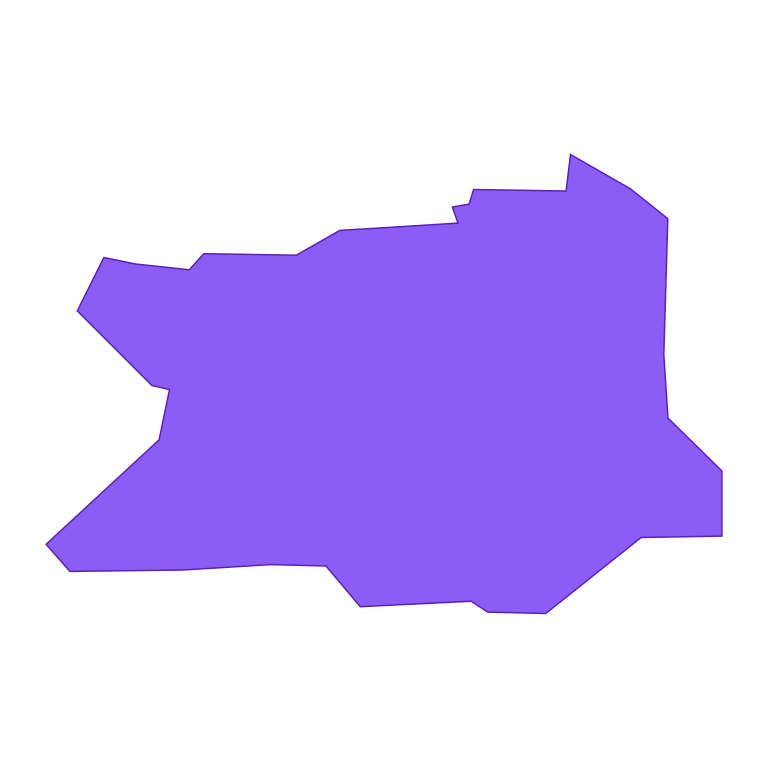 the district of Kurbin, Lezhë, Albania
{"feature_id": "67620474B66777869203493", "entity_name": "Kurbin", "entity_type": "district", "adm_level": 2, "iso_a3": "ALB", "parent_name": "Albania", "parent_adm1": "Lezhë", "projection": "equal_earth", "projection_center": [19.688, 41.625], "detail": "fine", "context": "isolated", "style": "filled", "palette": "violet", "viewbox_px": 768, "rotation_deg": 0, "n_neighbors": 0, "source": "geoboundaries", "source_scale": "gbopen_adm2", "svg_char_len": 549}
<svg xmlns="http://www.w3.org/2000/svg" viewBox="0 0 768 768"><path d="M103.9,257.5L77.3,310.9L151.9,385.5L169.5,389.6L159.1,439.8L46.1,544.3L69.9,571.4L182.9,570.0L270.0,564.6L326.0,566.0L360.2,606.7L471.1,601.2L487.7,612.1L545.7,613.5L641.1,537.5L721.9,536.1L721.9,471.0L668.0,418.1L664.7,368.5L663.8,354.3L665.4,299.8L667.8,218.7L630.5,188.9L570.5,154.5L566.1,191.0L473.6,189.5L469.1,204.1L452.4,207.0L458.0,223.1L339.8,230.4L296.3,255.2L203.8,253.7L189.3,269.8L134.7,263.9L103.9,257.5Z" fill="#8b5cf6" stroke="#5b21b6" stroke-width="1.5"/></svg>